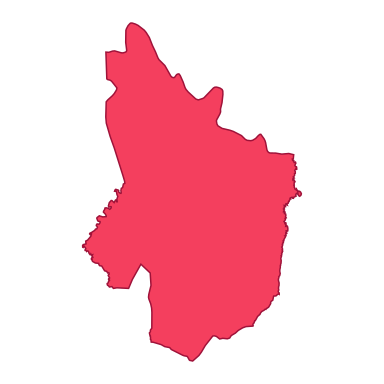 Mueang Si Sa Ket, Si Sa Ket, Thailand (Equal Earth projection)
{"feature_id": "78962969B95258731786412", "entity_name": "Mueang Si Sa Ket", "entity_type": "district", "adm_level": 2, "iso_a3": "THA", "parent_name": "Thailand", "parent_adm1": "Si Sa Ket", "projection": "equal_earth", "projection_center": [104.397, 15.099], "detail": "fine", "context": "isolated", "style": "filled", "palette": "rose", "viewbox_px": 384, "rotation_deg": 0, "n_neighbors": 0, "source": "geoboundaries", "source_scale": "gbopen_adm2", "svg_char_len": 6003}
<svg xmlns="http://www.w3.org/2000/svg" viewBox="0 0 384 384"><path d="M258.4,135.5L255.6,138.5L252.6,140.3L250.7,140.7L247.0,140.3L245.1,139.2L241.5,135.6L233.3,131.4L229.8,130.2L222.1,128.4L217.9,125.8L216.9,123.9L216.4,120.9L216.7,119.8L219.8,114.1L220.6,111.9L220.5,109.0L222.0,102.7L222.9,94.5L222.8,91.0L222.1,89.5L220.2,88.2L218.2,87.5L216.4,87.1L214.8,87.2L213.4,88.0L204.0,97.8L202.7,98.5L198.3,99.9L195.8,99.0L188.3,92.1L186.0,89.4L185.0,87.5L183.1,82.0L180.3,75.7L179.1,74.0L178.1,73.9L176.6,74.6L174.7,77.2L173.9,77.7L172.1,77.3L170.9,76.2L164.9,65.6L159.0,59.7L157.9,57.8L155.5,51.9L152.4,45.4L149.3,37.5L146.3,32.7L144.3,30.2L138.1,25.4L135.5,24.1L132.4,23.1L130.9,23.0L130.1,23.4L128.1,25.6L126.5,28.6L125.9,30.3L125.7,42.3L126.7,50.4L126.3,51.6L125.3,52.2L123.0,52.9L121.3,52.8L114.7,50.9L112.5,51.1L108.9,52.3L105.9,52.1L106.8,78.9L107.7,79.6L109.9,80.1L111.5,81.1L116.9,87.9L116.5,89.9L114.3,93.5L112.4,95.7L107.9,99.8L106.2,101.8L105.8,117.0L106.3,123.2L110.2,136.6L114.3,148.1L123.1,176.1L124.6,181.2L124.8,183.4L123.4,184.0L122.6,187.6L121.3,188.3L120.9,190.6L121.2,192.6L121.0,193.3L120.3,193.3L119.0,192.4L118.6,191.8L118.7,190.5L118.5,190.2L115.8,189.3L115.0,190.0L114.6,191.2L116.3,191.3L117.0,194.7L117.8,196.4L116.9,199.1L117.2,201.7L116.7,201.7L116.3,200.1L116.0,199.9L115.5,200.0L114.1,202.6L112.0,200.6L111.2,200.5L109.3,202.6L108.4,205.9L108.6,206.5L109.1,207.1L110.7,206.6L111.2,206.8L111.2,207.8L110.5,208.7L109.7,209.3L108.5,208.4L106.2,207.8L105.0,208.0L104.7,209.4L103.6,211.1L103.4,212.1L105.2,213.9L106.2,215.7L106.2,216.6L102.8,216.9L99.3,215.8L97.0,217.6L96.8,218.3L97.7,220.8L98.4,221.3L99.9,221.5L100.2,221.9L100.0,222.8L98.9,224.3L97.1,223.9L96.4,224.9L96.3,225.7L97.2,226.5L97.5,227.2L96.7,228.9L95.5,229.1L94.7,230.4L91.6,232.4L89.8,233.3L89.6,233.9L90.1,234.5L91.2,233.6L91.5,233.8L90.8,236.3L87.6,240.1L85.7,241.1L86.0,243.9L83.2,244.6L82.6,245.6L82.7,247.2L83.2,247.5L84.0,246.2L84.3,246.2L84.7,247.1L85.8,248.3L85.1,249.8L85.1,250.4L86.0,250.4L86.6,251.5L87.3,250.9L88.4,251.3L89.1,253.4L90.1,254.7L90.4,254.7L90.8,253.9L91.4,255.0L92.6,254.7L92.0,256.1L92.9,257.3L92.6,257.8L91.8,257.8L91.3,258.9L91.5,259.4L92.1,259.6L92.1,260.6L92.7,261.5L95.3,263.0L98.6,263.4L99.0,264.8L99.7,265.7L101.7,266.0L104.6,270.8L106.7,271.4L107.7,273.0L108.6,272.7L109.0,273.0L109.1,274.2L108.3,275.0L108.2,275.6L109.5,277.6L109.5,278.2L108.9,278.4L108.5,279.1L108.7,279.8L109.4,279.9L109.5,280.4L108.5,281.5L108.2,282.8L107.2,283.5L107.1,283.9L107.5,285.2L108.6,285.9L109.4,287.0L111.9,286.6L113.4,288.4L116.9,287.8L128.6,288.4L132.4,279.4L140.9,264.2L150.2,273.0L151.0,285.4L148.8,294.4L148.5,297.2L148.9,299.1L150.7,303.8L151.6,308.0L151.9,312.3L151.8,328.2L150.4,330.1L150.4,331.7L149.4,332.9L149.9,335.3L150.3,335.7L150.1,336.2L150.5,336.8L150.5,339.5L150.9,339.8L151.2,342.1L153.0,342.2L161.2,344.6L164.7,346.6L169.7,347.6L171.3,349.5L182.6,355.2L184.2,355.8L187.0,356.3L187.7,357.1L189.3,360.0L189.8,360.4L192.7,361.0L198.9,355.5L201.4,352.1L205.3,345.5L212.7,336.1L214.2,335.8L216.4,336.4L219.7,339.0L222.8,338.3L227.4,338.8L229.7,338.0L231.0,335.9L232.0,335.1L235.4,333.1L238.3,330.4L242.7,327.8L246.0,326.6L252.9,326.1L253.2,325.8L252.9,325.2L253.0,324.2L253.6,323.2L254.0,323.0L254.7,320.7L255.2,320.7L255.9,319.6L257.6,316.4L259.1,315.2L259.4,314.6L259.9,314.5L260.7,312.7L261.9,311.4L264.0,310.3L265.0,309.3L265.9,309.4L266.3,308.7L268.6,307.2L270.7,303.6L270.6,302.6L271.1,301.4L272.8,300.2L273.6,296.1L276.0,295.9L277.6,294.4L278.7,294.0L279.2,294.3L279.2,293.0L278.5,292.3L278.2,291.2L278.8,289.9L278.5,288.9L278.6,286.7L279.0,285.7L279.1,282.9L278.5,280.8L278.4,279.1L278.9,277.6L278.8,276.6L279.7,275.7L280.2,273.5L279.8,271.5L279.8,269.9L280.3,267.5L280.3,265.6L280.6,265.3L280.6,264.2L281.0,263.4L281.2,260.6L280.8,258.4L281.5,256.2L281.1,255.8L281.6,255.3L281.8,254.2L281.6,253.4L282.2,252.7L282.0,252.1L282.6,251.5L282.4,251.2L282.6,250.1L282.1,249.8L282.5,249.0L282.4,248.2L281.7,247.1L282.2,246.7L282.3,246.0L282.6,245.5L282.3,244.3L282.8,244.1L282.7,243.0L283.4,242.7L283.2,240.8L283.9,240.7L283.8,239.8L285.6,236.5L285.0,235.9L285.8,235.7L286.1,235.2L285.7,234.6L285.8,233.8L286.8,233.4L286.7,232.9L285.9,232.6L286.2,231.8L287.0,231.3L286.5,231.2L286.3,230.8L287.7,230.7L287.9,229.0L287.7,227.3L287.4,227.1L287.5,226.4L286.6,225.5L286.4,226.1L285.7,226.3L285.9,225.1L285.6,224.5L285.9,224.1L285.5,223.6L286.0,223.5L286.0,223.0L285.7,222.8L284.9,223.3L284.7,222.4L284.0,221.5L285.3,219.9L285.5,218.8L285.1,218.6L285.1,218.3L286.2,217.8L285.5,216.7L285.9,215.6L285.6,214.9L285.8,214.2L284.9,213.7L285.0,212.8L284.4,213.2L284.2,212.4L284.4,211.6L283.6,211.6L284.1,210.7L284.0,210.0L284.3,209.8L283.5,209.0L284.3,208.4L284.1,208.0L284.3,207.5L284.1,207.1L284.7,206.7L284.7,205.7L284.4,205.4L285.1,205.4L285.6,206.1L285.9,204.1L287.2,204.9L286.8,203.7L288.2,203.2L288.5,201.6L289.1,201.5L289.2,200.5L289.9,199.8L289.9,198.9L290.7,198.9L290.4,197.9L292.0,197.3L292.6,198.2L293.4,198.3L293.3,197.4L294.8,196.9L295.2,196.4L296.1,196.1L295.7,195.0L296.0,194.0L296.4,193.7L297.3,194.0L297.4,193.0L298.0,193.6L298.1,194.6L298.6,195.6L299.7,196.3L300.9,195.3L301.4,193.8L300.7,192.2L299.7,191.3L298.7,191.1L298.6,191.7L297.8,191.3L297.4,190.3L296.7,190.2L296.7,189.5L296.4,188.8L295.9,189.5L295.6,189.1L294.8,188.9L294.8,188.0L294.2,187.1L294.3,185.7L293.8,185.2L294.2,184.6L294.1,182.9L295.0,181.8L294.3,181.4L294.5,180.7L293.8,180.3L293.9,179.5L293.3,179.2L292.9,179.7L292.8,179.2L293.1,178.4L294.2,178.0L293.3,176.9L293.9,176.5L294.7,175.0L294.5,173.7L295.3,173.3L295.3,171.6L294.7,170.6L295.6,169.1L296.5,169.4L296.9,169.0L296.3,168.1L296.7,167.2L296.3,166.7L295.6,166.6L294.9,165.5L295.4,163.9L295.8,163.5L295.6,162.2L295.4,162.0L294.2,162.5L293.8,161.6L293.8,160.6L292.8,160.6L292.5,160.1L292.4,159.1L293.1,159.2L293.3,158.8L293.7,154.7L288.8,153.5L281.8,154.1L275.7,153.1L270.1,153.0L268.9,152.6L267.6,151.4L266.9,149.7L265.6,142.6L265.0,140.7L264.0,138.7L260.8,134.3L259.8,134.4L258.4,135.5Z" fill="#f43f5e" stroke="#9f1239" stroke-width="1.5"/></svg>